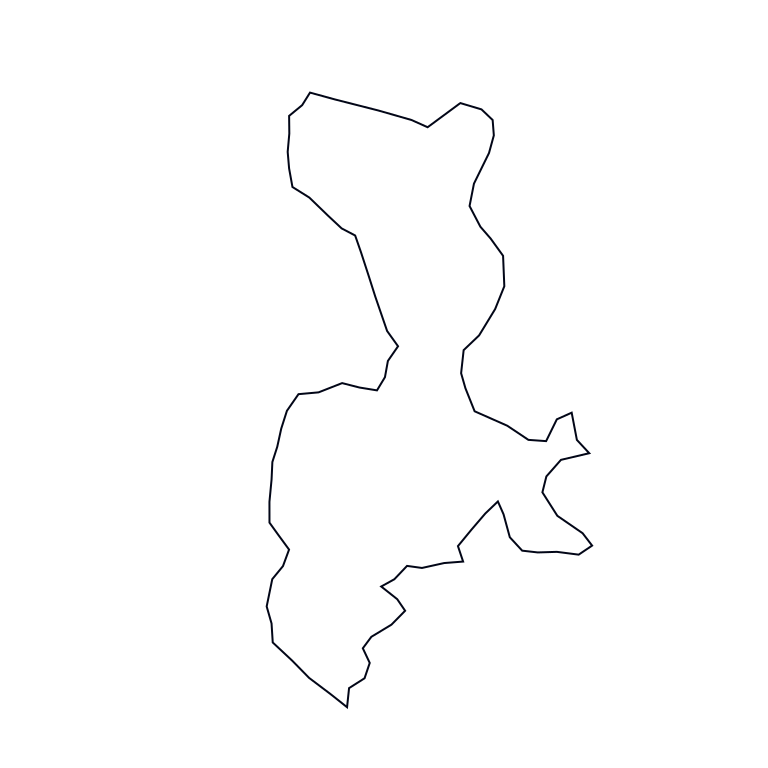 outline of Potim, São Paulo, Brazil, rotated 254°
{"feature_id": "56859067B20818489532691", "entity_name": "Potim", "entity_type": "district", "adm_level": 2, "iso_a3": "BRA", "parent_name": "Brazil", "parent_adm1": "São Paulo", "projection": "albers", "projection_center": [-45.306, -22.823], "detail": "fine", "context": "isolated", "style": "outline", "palette": "ink", "viewbox_px": 768, "rotation_deg": 254, "n_neighbors": 0, "source": "geoboundaries", "source_scale": "gbopen_adm2", "svg_char_len": 1389}
<svg xmlns="http://www.w3.org/2000/svg" viewBox="0 0 768 768"><g transform="rotate(254 384 384)"><path d="M684.5,393.2L674.6,382.2L667.9,366.7L650.8,362.0L633.7,355.4L617.4,352.2L598.6,350.3L583.8,363.6L561.4,376.5L545.2,386.2L534.7,397.2L516.8,398.2L491.5,399.1L470.6,399.7L434.1,401.6L416.4,407.9L405.1,394.1L390.3,386.8L379.8,375.5L387.4,359.4L396.4,344.0L394.0,318.8L397.8,299.0L385.0,283.3L369.4,272.9L353.1,264.1L339.8,255.2L323.2,249.6L302.3,241.4L282.3,235.7L268.1,240.8L251.0,247.1L236.8,236.7L227.2,222.8L202.5,209.9L184.8,209.9L166.2,205.8L143.0,219.7L122.1,231.0L100.7,247.1L83.5,259.4L101.3,266.6L106.5,284.2L119.8,293.4L135.8,290.8L144.5,302.2L150.6,324.8L160.2,341.8L173.5,337.4L190.1,325.5L193.5,340.2L202.8,356.0L196.7,369.8L195.3,392.5L191.5,411.1L207.8,410.4L220.0,428.1L231.6,445.7L239.7,461.1L225.8,463.0L202.0,462.7L185.7,470.9L179.7,485.4L175.0,503.9L166.3,524.1L171.3,539.5L185.8,533.8L209.5,514.3L236.2,506.4L250.4,514.6L262.3,533.2L260.9,562.2L277.1,554.0L304.7,556.5L302.4,540.4L284.4,524.1L290.5,507.4L309.9,491.0L332.8,463.6L357.5,461.1L373.1,461.1L394.6,469.9L404.5,488.8L414.9,500.1L425.4,511.5L444.8,526.6L474.4,533.8L494.4,526.6L508.6,520.0L531.5,515.3L551.8,525.7L577.1,548.6L592.7,558.1L607.8,561.2L621.1,553.4L633.0,534.8L625.5,514.7L618.8,496.7L630.2,483.2L648.5,453.9L671.1,415.2L684.5,393.2Z" fill="none" stroke="#020617" stroke-width="2"/></g></svg>